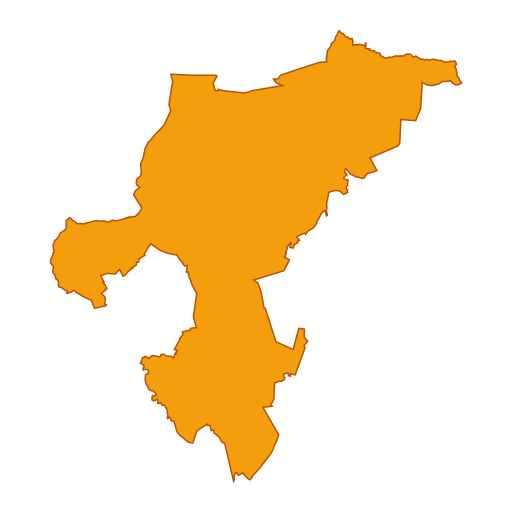 Atotonilco de Tula, Hidalgo, Mexico (Mercator projection)
{"feature_id": "50627088B84113731663943", "entity_name": "Atotonilco de Tula", "entity_type": "district", "adm_level": 2, "iso_a3": "MEX", "parent_name": "Mexico", "parent_adm1": "Hidalgo", "projection": "mercator", "projection_center": [-99.239, 19.96], "detail": "fine", "context": "isolated", "style": "filled", "palette": "amber", "viewbox_px": 512, "rotation_deg": 0, "n_neighbors": 0, "source": "geoboundaries", "source_scale": "gbopen_adm2", "svg_char_len": 5959}
<svg xmlns="http://www.w3.org/2000/svg" viewBox="0 0 512 512"><path d="M233.6,481.3L234.3,480.0L234.0,477.9L234.4,475.5L235.5,472.8L235.9,472.6L237.0,472.9L237.4,474.1L238.4,475.3L242.8,472.9L244.1,474.7L246.9,477.7L249.8,479.9L252.3,477.3L252.2,476.3L260.4,467.3L263.9,462.7L270.9,453.4L272.8,449.9L274.0,446.3L276.7,440.9L278.7,434.8L262.9,407.3L272.0,406.3L270.7,405.4L273.8,399.4L274.6,382.9L277.5,382.0L278.6,381.1L281.6,381.3L284.1,379.8L284.8,378.6L283.4,374.3L287.0,373.0L288.2,373.3L288.4,375.7L290.6,376.2L290.5,373.8L295.1,374.9L305.1,347.7L304.1,345.6L307.7,341.1L304.2,337.1L304.5,329.1L298.8,328.3L293.2,349.5L276.0,341.8L265.2,308.2L264.1,308.0L261.2,292.4L258.0,283.0L253.6,280.0L283.8,270.8L289.4,260.1L289.2,259.6L284.7,257.2L284.8,256.2L285.2,256.3L286.3,253.1L285.5,253.0L287.5,248.1L287.0,247.4L290.8,242.4L291.2,242.9L289.9,247.3L293.1,248.2L294.2,245.5L294.0,244.8L297.8,242.6L297.2,241.4L299.6,240.2L297.4,238.0L296.9,236.8L297.9,236.4L298.2,235.8L300.1,235.3L300.5,234.7L304.8,233.1L305.5,234.4L308.0,231.0L313.0,228.3L316.4,223.7L316.9,222.5L316.8,221.3L318.7,218.7L321.5,213.2L324.1,210.8L325.3,210.5L325.6,213.2L326.6,215.9L327.4,215.5L326.3,210.0L326.8,209.3L326.7,202.5L327.3,200.8L328.8,192.3L334.2,190.6L338.6,190.7L339.9,191.2L343.5,194.3L344.1,194.3L347.7,192.3L347.2,191.5L347.5,190.0L346.3,188.3L346.1,187.3L346.6,186.3L347.7,185.4L347.5,182.8L348.3,180.3L345.4,179.3L344.1,178.6L343.7,177.9L344.5,176.5L346.7,175.1L346.8,174.1L345.1,173.0L344.9,172.3L344.8,170.7L345.6,168.6L350.4,173.9L355.8,176.7L360.7,177.8L362.3,178.6L364.4,177.8L365.6,175.6L367.8,173.3L371.6,172.5L376.9,170.7L370.1,157.9L397.6,146.1L399.7,143.8L400.9,119.5L415.6,120.7L420.6,108.7L422.3,82.3L427.5,85.1L431.0,85.6L434.6,85.2L439.7,83.5L439.9,83.0L442.4,81.5L448.3,81.4L449.6,80.8L451.1,81.2L451.4,82.0L453.5,83.7L455.5,84.8L458.7,84.7L461.6,82.9L459.7,80.2L458.9,78.1L456.9,75.5L456.8,74.4L457.3,73.3L456.8,72.7L456.1,68.9L454.8,66.4L456.6,64.4L455.4,61.5L454.6,60.9L452.5,61.5L449.8,61.1L449.2,62.0L444.7,62.0L440.9,60.4L438.6,60.5L433.8,59.2L429.4,59.9L428.0,59.9L427.1,59.3L425.5,59.8L424.6,59.9L423.9,59.3L422.1,59.5L418.8,58.2L416.4,56.3L415.2,56.2L413.9,56.9L412.6,56.7L411.5,55.0L410.4,54.2L406.4,54.1L405.1,54.8L404.5,55.6L403.4,56.0L399.1,55.9L398.2,56.4L396.3,55.8L393.1,56.7L392.0,57.4L390.1,57.0L385.5,58.3L380.6,55.5L379.8,52.9L376.5,53.0L376.5,52.4L374.2,52.0L374.4,50.9L369.7,50.2L369.9,49.0L365.4,48.3L366.1,43.1L365.4,43.0L365.2,46.8L363.4,45.2L361.0,44.6L359.8,44.7L359.7,44.3L352.7,45.2L353.0,41.2L352.1,38.5L349.4,39.0L347.6,37.0L345.9,37.1L343.1,33.5L340.9,32.8L339.3,30.7L338.1,32.0L337.4,34.2L335.5,37.0L335.4,38.7L333.9,41.7L331.3,43.3L330.6,46.7L328.2,49.4L327.3,51.5L327.1,54.8L326.2,58.4L326.7,62.0L320.4,62.1L304.6,67.1L281.1,75.0L280.2,75.7L278.2,78.7L275.1,79.4L274.6,78.9L273.4,79.0L274.7,81.0L277.0,83.2L282.6,85.5L251.3,90.8L249.9,91.5L244.7,92.9L225.5,91.0L220.3,90.1L218.1,89.3L217.9,90.6L215.2,90.6L213.2,83.2L217.0,76.0L215.7,75.2L191.8,75.2L170.9,74.2L172.9,82.0L171.7,86.4L168.9,104.7L170.4,108.9L170.7,110.7L164.4,124.7L154.5,135.2L149.4,141.3L148.1,141.9L148.2,142.6L145.2,148.2L142.9,158.8L140.6,163.7L141.3,170.8L141.2,173.4L140.0,176.6L137.2,178.5L136.6,180.2L136.2,183.0L136.6,184.5L138.3,186.5L139.7,187.5L135.3,190.8L133.6,194.7L141.6,207.6L141.3,209.2L138.8,213.0L135.1,216.6L132.4,216.7L129.9,217.6L129.9,216.9L128.5,217.1L122.4,219.4L115.5,221.0L112.4,220.1L108.5,222.1L107.6,222.2L104.3,220.9L100.4,221.2L95.7,220.7L82.8,224.0L80.5,223.4L78.6,223.8L77.0,223.6L74.9,221.6L73.0,220.8L70.7,218.3L69.4,217.6L68.1,219.2L66.4,220.2L66.1,222.1L66.4,227.1L65.4,229.8L60.3,232.9L59.0,236.1L57.2,238.2L56.8,239.2L54.5,240.6L54.2,242.3L53.1,244.7L53.5,249.7L54.1,251.4L53.7,252.5L53.1,252.8L52.8,255.2L52.1,256.1L52.1,257.0L50.8,259.1L50.4,262.5L53.4,266.3L53.4,268.3L52.7,270.6L53.0,272.4L55.2,275.6L55.7,278.7L57.6,279.9L57.9,280.5L58.7,282.7L58.2,284.8L59.1,287.0L62.5,288.0L63.4,289.2L67.3,291.4L66.6,293.0L67.3,293.4L71.6,291.8L74.0,290.2L76.0,292.1L83.1,296.6L91.3,300.3L94.5,308.2L105.7,305.9L105.6,305.2L106.2,304.7L105.4,304.5L104.7,303.3L105.6,299.4L104.6,296.5L101.3,293.5L107.0,288.7L105.1,284.7L103.8,283.9L103.2,282.7L103.1,282.3L104.0,282.2L100.8,275.6L107.5,273.4L115.0,274.1L119.6,269.5L123.1,276.4L125.5,274.8L127.6,272.1L131.5,268.7L131.1,268.2L133.0,267.3L133.1,267.6L133.8,266.3L136.3,265.3L136.6,261.9L138.0,262.2L138.7,261.9L139.1,258.8L145.0,255.3L144.1,254.2L150.7,243.8L159.7,250.1L167.3,253.2L176.7,255.0L184.6,266.0L187.4,265.6L186.3,272.0L187.9,271.8L188.4,273.7L188.8,273.6L189.0,275.8L188.8,276.4L190.6,280.4L191.8,284.4L196.7,293.6L193.4,316.7L196.3,327.7L192.8,327.9L190.5,328.4L190.6,329.8L182.4,331.9L183.2,334.2L179.4,338.8L179.9,339.4L174.3,349.4L177.3,350.4L175.6,352.6L176.4,353.3L174.9,353.9L173.8,357.5L172.9,357.9L171.7,356.5L171.1,356.3L167.2,356.1L164.6,355.1L164.3,354.4L161.1,354.4L160.9,355.5L159.3,357.1L157.1,356.3L152.2,355.4L152.2,355.7L148.3,358.4L147.2,357.2L146.5,357.4L145.3,356.3L143.7,357.8L142.6,357.4L141.9,360.1L140.4,363.6L141.6,363.6L143.7,365.5L144.1,366.6L143.2,368.0L143.1,369.2L143.5,370.1L145.3,369.4L146.8,369.3L148.6,370.3L148.7,371.8L147.9,373.2L147.2,374.2L145.9,374.2L145.4,375.7L145.1,380.2L146.6,385.2L147.8,386.8L148.5,388.7L149.7,390.1L151.7,390.9L152.4,390.6L153.3,391.0L155.6,393.1L156.1,394.5L155.9,395.7L152.5,395.9L152.2,396.3L152.1,398.2L151.8,398.5L152.3,400.3L153.7,400.7L155.3,400.5L156.7,399.4L157.6,399.4L158.1,400.4L157.7,402.0L157.8,403.3L159.3,403.4L160.5,402.6L162.2,405.5L163.8,405.1L165.0,405.5L165.5,407.6L167.0,409.1L167.2,410.0L167.4,413.8L167.9,414.9L167.3,418.0L167.6,418.6L168.5,418.3L168.9,417.3L169.9,417.3L171.2,420.5L171.8,421.1L173.9,420.9L177.0,432.0L179.9,435.4L187.8,441.8L190.0,442.7L192.7,443.1L196.5,432.3L197.4,430.5L207.3,424.0L207.6,425.6L210.0,425.4L211.2,430.7L213.5,430.1L214.2,433.2L219.2,437.0L221.6,441.9L224.8,443.6L233.6,481.3Z" fill="#f59e0b" stroke="#b45309" stroke-width="1.5"/></svg>